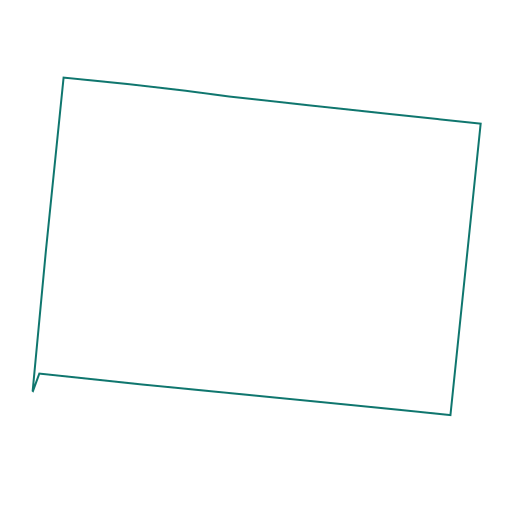 Mercer, Ohio, United States of America (Albers equal-area conic projection), rotated 96°
{"feature_id": "52423323B6373952643979", "entity_name": "Mercer", "entity_type": "district", "adm_level": 2, "iso_a3": "USA", "parent_name": "United States of America", "parent_adm1": "Ohio", "projection": "albers", "projection_center": [-84.687, 40.541], "detail": "fine", "context": "isolated", "style": "outline", "palette": "teal", "viewbox_px": 512, "rotation_deg": 96, "n_neighbors": 0, "source": "geoboundaries", "source_scale": "gbopen_adm2", "svg_char_len": 465}
<svg xmlns="http://www.w3.org/2000/svg" viewBox="0 0 512 512"><g transform="rotate(96 256 256)"><path d="M100.6,220.7L100.3,270.1L100.2,299.4L99.1,340.1L99.0,343.2L98.4,400.2L98.7,465.9L98.7,466.0L272.9,465.5L413.4,464.0L413.6,463.7L395.6,459.2L395.7,355.6L394.9,241.7L394.8,225.3L394.0,94.6L393.9,46.0L100.9,46.4L100.9,57.1L100.9,75.1L100.9,87.5L100.8,89.8L100.8,106.1L100.8,122.2L100.8,139.5L100.6,220.7Z" fill="none" stroke="#0f766e" stroke-width="2"/></g></svg>